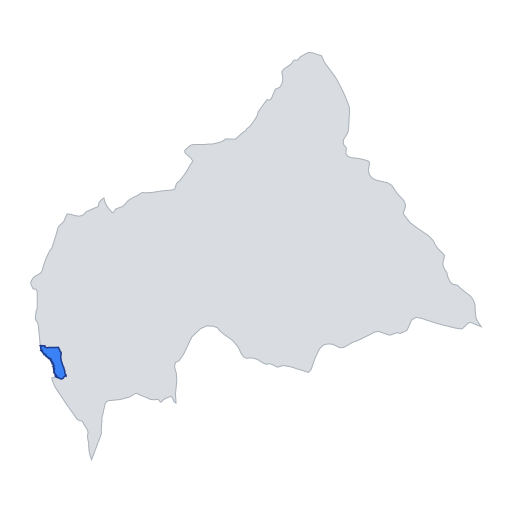 location of Gamboula, Mambéré-Kadéï, Central African Republic
{"feature_id": "33826404B15620845480465", "entity_name": "Gamboula", "entity_type": "district", "adm_level": 2, "iso_a3": "CAF", "parent_name": "Central African Republic", "parent_adm1": "Mambéré-Kadéï", "projection": "equal_earth", "projection_center": [14.923, 4.351], "detail": "fine", "context": "in_parent", "style": "filled", "palette": "blue", "viewbox_px": 512, "rotation_deg": 0, "n_neighbors": 0, "source": "geoboundaries", "source_scale": "gbopen_adm2", "svg_char_len": 6845}
<svg xmlns="http://www.w3.org/2000/svg" viewBox="0 0 512 512"><path d="M363.6,159.5L368.7,161.3L369.6,163.4L368.3,170.2L369.3,174.5L372.2,178.1L375.1,179.7L377.9,180.6L387.6,182.8L391.7,185.3L397.1,193.4L403.9,200.7L405.5,204.6L405.2,208.1L403.3,212.4L403.6,214.1L406.7,218.4L410.3,222.8L416.8,227.7L428.0,235.4L433.2,240.5L435.0,244.4L437.9,248.6L441.9,252.4L444.6,255.4L442.8,263.8L443.4,266.6L444.4,269.0L446.8,272.3L447.7,276.6L450.1,281.9L452.9,284.3L457.5,285.2L459.9,287.7L465.0,291.9L469.9,295.6L472.1,298.1L473.4,300.3L474.5,302.9L475.1,305.6L475.2,311.3L476.1,318.3L478.8,323.2L481.3,326.8L471.2,322.6L469.7,322.5L468.0,323.3L462.8,328.3L461.1,329.0L454.5,327.9L438.5,323.9L426.2,320.0L422.5,318.6L416.0,317.3L411.7,319.9L407.6,329.0L406.5,330.7L400.1,333.4L397.1,332.7L389.7,335.2L378.3,331.4L374.2,332.2L371.0,334.0L362.8,338.1L357.9,340.5L352.1,342.6L346.6,345.9L342.9,347.7L339.3,347.6L336.0,345.8L332.4,344.2L328.2,343.9L323.7,344.8L319.9,348.4L318.4,351.0L315.2,357.8L311.3,369.0L309.8,371.2L308.4,372.4L290.6,366.8L282.9,365.5L277.7,367.2L271.2,364.1L268.3,363.6L267.0,364.5L263.3,363.1L257.4,359.4L251.8,357.8L246.7,358.3L243.6,357.0L241.1,353.3L237.9,346.6L232.0,339.9L224.2,334.5L219.4,330.4L217.4,327.7L213.2,326.2L206.8,325.9L200.6,328.6L191.8,337.0L183.6,354.2L179.0,360.8L175.4,362.5L174.5,366.6L176.3,373.2L176.8,380.8L175.5,393.7L176.0,403.1L174.0,401.6L172.1,397.2L171.3,396.3L165.8,398.3L163.0,400.1L161.5,401.9L160.4,402.1L158.6,399.7L157.3,399.3L155.1,399.7L153.0,399.7L151.5,399.4L150.6,399.6L148.0,398.2L138.7,394.5L137.1,393.3L135.2,393.5L130.4,396.6L127.8,397.5L120.1,399.5L111.8,400.4L108.6,400.5L106.5,401.9L105.1,403.8L102.5,415.7L101.8,417.8L101.9,420.8L101.2,430.4L101.5,433.4L91.6,459.7L90.0,455.3L89.0,450.2L88.6,444.3L88.8,442.7L88.2,441.0L87.3,436.2L88.1,433.1L87.5,429.8L85.5,426.6L83.8,424.2L82.8,422.0L81.9,421.0L80.0,420.7L77.4,419.6L66.4,404.1L54.9,386.8L52.6,381.2L51.7,377.9L54.5,377.5L55.2,377.0L55.2,375.5L53.5,371.0L52.7,365.4L51.3,361.9L46.8,356.6L42.5,352.6L41.1,350.5L40.4,347.5L38.7,328.8L38.0,323.5L36.6,321.2L35.7,320.1L35.3,318.8L35.5,315.5L36.0,312.5L36.0,311.3L37.2,308.7L37.2,291.4L35.8,289.0L33.2,289.0L31.9,286.5L30.7,283.3L31.1,281.1L33.5,277.5L35.2,276.2L40.0,273.4L41.4,272.0L42.3,270.3L42.8,268.0L45.7,259.1L49.9,250.3L51.7,248.5L55.9,235.4L56.9,232.1L57.6,228.8L59.0,226.1L63.6,221.7L67.1,213.9L70.9,214.3L74.8,215.6L79.7,216.2L83.6,214.7L86.2,211.7L98.2,206.5L99.1,202.3L101.0,200.2L103.2,198.3L104.0,198.0L104.2,199.4L105.5,203.7L108.3,208.0L112.3,212.7L113.5,212.4L116.0,208.8L122.3,206.6L123.8,205.6L128.3,200.4L133.7,197.1L136.8,195.9L142.2,192.5L146.1,192.9L152.3,192.4L162.6,190.8L170.1,190.2L173.9,189.6L174.9,188.9L176.3,183.9L177.4,182.5L180.2,180.3L185.7,172.8L189.3,166.5L190.4,164.2L191.1,163.8L192.7,161.1L191.1,158.4L184.9,152.7L185.0,152.0L184.6,151.0L185.0,150.2L187.3,148.0L190.5,145.3L193.9,144.4L202.7,144.6L210.2,144.0L212.0,144.1L217.8,142.8L221.8,141.6L225.9,138.9L235.2,139.2L243.0,132.3L245.2,131.1L246.2,130.0L246.5,128.9L250.1,126.2L254.1,120.6L257.3,115.5L258.1,111.9L266.9,99.7L269.9,100.0L271.4,98.5L274.8,90.4L275.9,88.9L279.5,87.5L281.2,85.1L282.7,81.5L282.7,77.1L282.0,73.6L281.9,71.8L282.8,70.3L284.2,68.7L290.8,64.3L292.5,62.2L293.5,60.3L295.3,60.0L297.4,60.2L298.6,59.0L300.1,57.0L304.7,54.3L308.9,52.3L313.4,53.1L321.6,55.8L324.1,61.6L325.3,63.6L335.5,77.3L337.4,80.5L342.5,90.5L345.6,97.2L349.2,106.8L349.6,112.0L349.2,116.5L348.6,129.2L347.7,132.9L343.4,139.8L343.2,142.8L344.1,145.4L345.5,146.5L346.3,147.8L345.9,153.7L347.5,156.0L350.8,157.6L359.2,158.6L363.6,159.5Z" fill="#d9dde1" stroke="#a8b0b8" stroke-width="1"/><path d="M64.3,376.5L65.0,375.9L65.5,376.1L66.0,376.3L66.1,375.8L66.1,375.0L64.9,373.4L64.7,372.9L64.8,372.5L64.8,371.3L64.7,370.5L64.3,369.9L63.7,367.3L62.7,365.4L62.1,363.1L61.7,362.1L61.2,360.8L61.1,359.7L60.9,358.5L60.7,357.5L60.8,356.3L61.0,355.2L60.9,354.9L60.9,354.5L61.2,353.7L61.2,353.1L61.0,352.3L60.8,351.9L60.3,351.8L59.7,350.5L59.7,350.0L59.4,349.3L58.9,348.7L58.5,347.4L52.7,347.5L48.5,347.5L47.1,347.8L46.0,347.4L45.0,347.2L44.9,345.8L40.7,345.6L40.7,345.8L40.7,346.0L40.8,346.1L40.7,346.1L40.8,346.2L40.8,346.3L40.7,346.3L40.8,346.4L40.7,346.6L40.7,346.9L40.7,347.1L40.7,347.3L40.7,347.5L40.8,347.6L40.8,347.9L40.8,348.0L40.7,348.0L40.7,348.3L40.7,348.6L40.8,348.7L40.8,348.8L40.8,348.7L40.9,348.9L41.0,348.9L41.0,349.0L41.1,349.4L41.1,349.5L41.1,349.8L41.0,350.0L41.3,350.0L41.3,350.3L41.5,350.3L41.4,350.4L41.5,350.4L41.5,350.5L41.6,350.8L41.7,351.0L41.9,351.2L41.9,351.4L42.0,351.4L42.3,351.4L42.2,351.6L42.3,351.7L42.5,351.8L42.6,352.0L42.8,352.3L43.0,352.4L43.0,352.6L43.0,352.8L43.2,353.1L43.3,353.1L43.5,353.3L43.5,353.2L43.5,353.3L43.6,353.5L43.7,353.8L43.8,353.9L43.8,354.0L44.0,354.1L44.1,353.9L44.2,354.0L44.3,354.0L44.5,354.2L44.5,354.3L44.4,354.5L44.5,354.5L44.8,354.6L45.1,354.7L45.3,354.6L45.3,354.9L45.3,355.0L45.4,355.3L45.5,355.2L45.5,355.3L46.0,355.4L46.0,355.6L46.0,355.9L46.2,356.0L46.4,356.2L46.3,356.3L46.4,356.5L46.6,356.7L46.8,356.8L47.0,356.7L47.1,356.8L47.3,356.8L47.4,357.0L47.5,357.1L47.8,357.2L47.9,357.4L48.2,357.5L48.4,357.7L48.5,357.7L48.4,357.7L48.5,357.8L48.4,357.9L48.5,358.0L48.4,358.1L48.5,358.2L48.8,358.3L48.9,358.2L49.0,358.1L49.3,358.1L49.6,358.3L49.8,358.3L49.9,358.6L49.8,358.8L50.1,358.8L50.2,358.7L50.3,358.9L50.5,358.9L50.8,358.9L50.8,359.0L50.7,359.0L50.8,359.1L51.0,359.3L50.8,359.4L50.9,359.6L50.9,359.8L51.0,359.9L51.0,360.0L50.9,360.3L51.0,360.3L51.0,360.5L51.2,360.8L51.3,361.0L51.3,361.3L51.4,361.5L51.5,361.5L51.6,361.3L51.6,361.2L51.6,361.3L51.7,361.2L51.8,361.3L51.9,361.5L52.0,361.6L51.9,361.7L51.9,361.9L51.9,362.0L52.0,362.3L52.1,362.2L52.1,362.3L52.2,362.5L52.3,362.5L52.5,362.7L52.4,362.8L52.5,362.9L52.5,363.1L52.5,363.3L52.7,363.5L52.8,363.5L52.7,363.6L52.8,363.6L52.9,364.0L53.0,364.0L53.0,363.9L53.1,364.0L53.1,363.9L53.1,364.1L53.2,364.3L53.3,364.3L53.4,364.5L53.5,364.6L53.5,364.9L53.6,365.1L53.5,365.3L53.6,365.5L53.6,365.8L53.5,366.0L53.4,366.1L53.5,366.1L53.6,366.3L53.8,366.3L53.7,366.4L53.7,366.5L53.6,366.8L53.7,367.0L53.7,367.3L53.6,367.6L53.8,367.8L53.7,368.0L53.8,368.1L53.9,368.4L54.0,368.4L53.9,368.6L53.7,368.8L53.8,369.0L53.8,369.3L54.0,369.3L53.9,369.4L54.0,369.5L53.9,369.6L53.8,369.8L53.9,370.1L53.9,370.3L54.0,370.2L54.2,370.3L54.1,370.5L54.1,370.9L54.1,371.2L54.2,371.3L54.1,371.5L53.9,371.7L53.9,371.8L54.0,372.0L53.9,372.1L54.0,372.2L54.0,372.4L54.0,372.5L54.2,372.8L54.2,373.0L54.5,373.0L54.6,373.4L54.7,373.5L54.9,373.5L55.1,373.7L55.1,373.8L55.0,374.0L55.1,374.3L55.3,374.5L55.4,375.0L55.3,375.3L55.4,375.5L55.5,375.5L55.9,375.2L56.3,375.3L56.5,375.5L56.5,375.8L56.7,376.0L56.2,376.3L55.7,376.6L56.7,377.3L57.3,377.2L57.4,377.4L57.7,377.7L58.5,377.6L59.1,378.1L59.7,378.5L61.4,379.0L61.9,378.9L62.4,378.6L63.0,378.4L63.6,377.5L64.0,376.9L64.3,376.5Z" fill="#3b82f6" stroke="#1e3a8a" stroke-width="1.5"/></svg>